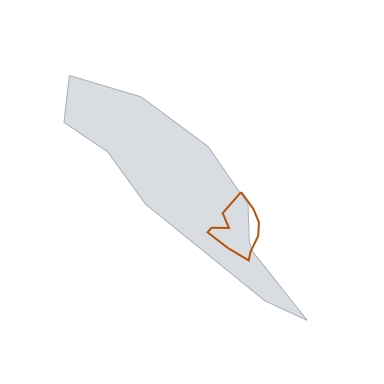 Palau, with Ngardmau highlighted, rotated 122°
{"feature_id": "PLW-5253", "entity_name": "Ngardmau", "entity_type": "state/province", "adm_level": 1, "iso_a3": "PLW", "parent_name": "Palau", "parent_adm1": "", "projection": "equal_earth", "projection_center": [134.587, 7.599], "detail": "fine", "context": "in_parent", "style": "outline", "palette": "amber", "viewbox_px": 384, "rotation_deg": 122, "n_neighbors": 0, "source": "natural_earth", "source_scale": "10m", "svg_char_len": 526}
<svg xmlns="http://www.w3.org/2000/svg" viewBox="0 0 384 384"><g transform="rotate(122 192 192)"><path d="M200.8,337.5L158.2,357.7L138.3,285.6L145.0,202.0L173.1,137.7L203.8,117.1L210.1,109.8L239.8,26.3L245.7,72.3L226.9,225.0L202.7,284.5L200.8,337.5Z" fill="#d9dde1" stroke="#a8b0b8" stroke-width="1"/><path d="M167.0,150.5L166.4,149.3L173.9,130.9L182.3,119.1L194.2,112.6L211.8,110.7L220.0,107.6L220.5,131.9L217.9,157.4L212.0,156.5L202.9,141.6L193.7,154.8L167.0,150.5Z" fill="none" stroke="#b45309" stroke-width="2"/></g></svg>